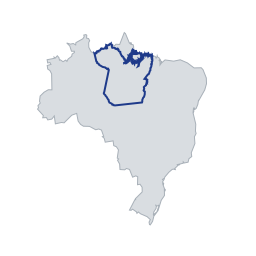 where Pará sits in Brazil, rotated 350°
{"feature_id": "BRA-594", "entity_name": "Pará", "entity_type": "State", "adm_level": 1, "iso_a3": "BRA", "parent_name": "Brazil", "parent_adm1": "", "projection": "natural_earth1", "projection_center": [-50.886, -3.617], "detail": "fine", "context": "in_parent", "style": "outline", "palette": "blue", "viewbox_px": 256, "rotation_deg": 350, "n_neighbors": 0, "source": "natural_earth", "source_scale": "10m", "svg_char_len": 9071}
<svg xmlns="http://www.w3.org/2000/svg" viewBox="0 0 256 256"><g transform="rotate(350 128 128)"><path d="M73.2,49.1L75.5,51.4L78.5,50.3L79.4,51.8L81.0,49.7L85.0,47.6L85.8,45.5L88.3,44.4L88.5,43.1L85.7,42.6L84.9,37.1L82.4,33.6L85.8,35.4L88.8,35.3L90.9,37.1L91.5,34.9L99.0,32.3L100.7,30.5L100.6,28.8L102.8,28.7L103.5,29.5L102.8,32.3L104.7,33.1L105.4,35.4L104.1,37.1L103.4,41.7L104.9,46.5L108.4,49.2L109.9,48.8L110.7,47.3L112.0,47.6L116.0,45.1L121.1,45.9L120.3,43.9L121.1,42.5L122.1,43.1L125.4,42.2L129.2,44.6L130.7,43.4L134.3,44.3L140.9,33.4L141.9,34.6L144.1,44.5L145.3,46.1L147.5,46.9L147.7,49.4L144.0,54.2L141.6,55.8L138.6,62.3L135.6,63.2L138.7,63.4L143.3,60.1L144.2,64.3L145.5,65.6L150.3,64.1L148.9,68.8L150.7,65.1L152.9,62.9L154.0,63.5L154.5,62.9L154.1,61.2L155.5,59.1L159.3,58.6L167.2,62.2L167.8,64.1L168.9,62.8L170.7,64.2L171.2,65.8L170.3,66.8L170.7,67.4L171.7,66.3L171.9,67.3L171.0,68.4L170.4,71.6L171.7,70.3L172.6,67.9L172.7,69.6L176.3,67.4L184.6,70.1L191.3,69.9L197.8,74.2L203.5,80.3L210.6,81.4L212.0,83.6L213.8,92.3L213.0,98.0L210.2,103.8L202.4,113.3L202.4,112.5L200.9,116.8L198.5,120.6L197.3,121.2L196.5,119.5L195.8,120.3L194.7,124.4L195.4,136.0L193.9,142.7L194.1,145.3L191.9,148.1L191.2,154.9L186.0,163.4L185.8,167.2L182.7,168.8L181.2,172.1L177.3,172.2L176.5,170.9L176.2,172.3L170.1,172.6L170.4,173.7L166.5,176.4L164.4,176.4L160.5,178.7L155.7,182.7L154.8,184.7L154.0,184.0L153.6,184.8L152.6,184.5L154.0,185.6L152.8,186.9L152.5,189.1L153.3,193.8L152.2,200.8L148.2,204.9L143.2,214.6L138.6,218.9L138.5,217.5L141.8,215.7L144.7,210.4L144.7,209.4L142.8,210.0L141.7,208.3L142.3,210.0L141.7,212.0L138.8,215.2L137.9,217.8L138.2,219.2L136.0,224.2L133.1,227.3L132.4,226.8L132.4,224.3L134.1,222.1L131.4,218.6L125.5,214.7L123.6,212.5L122.0,213.6L121.8,212.1L118.4,208.7L116.8,209.6L115.2,209.1L122.3,199.8L123.1,199.9L123.0,198.9L130.9,193.4L131.6,188.8L130.1,185.5L127.5,185.5L129.1,177.7L127.4,176.5L124.0,177.2L122.3,169.1L119.5,167.6L117.5,168.6L112.9,167.5L113.5,162.1L112.1,157.9L113.4,156.9L112.2,155.7L114.8,147.9L113.3,144.4L110.9,142.9L111.1,138.1L103.1,138.0L102.8,134.0L101.3,132.1L102.6,132.0L101.5,125.4L99.0,123.9L95.9,124.1L90.3,119.7L84.4,118.5L81.9,116.2L80.1,112.5L80.0,104.7L74.9,105.6L66.0,111.8L63.4,111.0L57.2,111.3L57.5,103.3L54.5,106.0L50.4,106.1L49.5,103.6L45.8,103.1L46.8,101.0L42.2,93.7L43.4,92.5L43.2,90.4L45.9,88.2L45.5,86.3L47.0,81.3L51.5,78.2L56.1,76.5L59.7,77.2L62.2,61.4L61.1,57.9L59.2,56.0L59.3,52.4L63.2,52.0L62.5,50.0L60.2,50.0L60.2,46.7L67.5,46.6L67.5,45.3L68.6,46.5L70.9,44.6L72.2,46.7L72.3,49.3L73.2,49.1ZM146.2,55.9L154.3,56.9L152.4,62.4L150.9,62.5L150.6,63.5L149.4,63.0L148.1,64.4L145.0,64.4L143.9,61.6L144.7,60.9L143.8,59.9L144.4,56.7L146.2,55.9ZM139.2,62.6L140.5,58.6L141.8,58.1L141.7,60.5L139.2,62.6ZM148.4,54.0L147.6,55.5L145.8,55.1L146.1,54.2L148.4,54.0ZM145.6,52.3L145.3,55.4L144.5,55.1L145.6,52.3ZM149.7,55.9L148.6,56.1L148.0,55.8L149.5,54.9L149.7,55.9ZM144.4,56.0L143.2,57.0L142.7,56.5L143.6,55.6L144.4,56.0ZM146.6,53.3L146.0,52.7L147.0,52.1L147.1,52.7L146.6,53.3ZM146.0,45.5L145.3,45.6L145.1,44.5L145.8,44.5L146.0,45.5ZM153.5,196.7L153.3,195.7L153.8,194.8L154.0,195.1L153.5,196.7ZM167.2,176.1L167.4,177.2L166.6,176.9L167.2,176.1ZM153.2,189.7L152.8,189.2L153.4,188.5L153.5,188.8L153.2,189.7ZM171.5,69.6L171.0,70.8L171.5,69.1L171.5,69.6ZM196.9,121.3L196.1,121.7L196.6,120.8L196.9,121.3ZM172.3,173.1L171.5,173.4L171.3,173.2L171.8,172.7L172.3,173.1ZM195.5,123.4L195.2,124.0L195.0,123.6L195.5,123.4ZM169.3,61.8L169.4,62.4L169.1,62.3L169.3,61.8Z" fill="#d9dde1" stroke="#a8b0b8" stroke-width="1"/><path d="M116.1,45.1L116.4,45.5L117.1,45.8L118.8,45.5L120.9,46.0L121.3,45.8L121.3,44.9L120.6,44.0L120.3,43.9L120.9,43.2L121.0,42.5L122.2,43.2L123.6,43.0L123.9,42.6L124.2,42.7L124.7,42.3L124.8,42.5L125.5,42.1L125.4,42.4L125.9,42.9L126.5,43.1L126.6,43.8L126.2,45.1L126.5,46.3L128.1,46.4L129.3,47.2L129.4,47.7L129.7,47.6L130.4,48.3L131.2,48.1L131.2,48.4L131.7,48.4L131.7,49.0L132.2,49.0L132.3,49.3L132.1,49.6L132.3,50.6L132.9,51.3L133.6,51.6L133.5,53.3L133.9,54.1L134.1,55.1L134.5,56.3L134.9,56.3L135.7,57.4L135.7,58.2L136.2,58.7L136.2,59.8L136.8,59.8L136.9,60.7L137.3,61.1L138.0,61.2L138.2,61.5L138.6,61.1L138.9,61.2L138.8,62.1L138.5,62.4L137.5,62.2L135.4,63.2L135.4,63.5L137.3,63.0L137.5,63.5L137.4,63.9L137.6,63.9L137.9,63.6L138.7,63.4L140.0,62.5L140.9,62.1L141.1,61.7L141.6,61.6L142.9,60.5L142.9,60.0L143.2,60.2L143.6,60.0L143.6,60.6L143.1,61.1L143.7,61.6L143.7,62.6L144.4,64.2L144.0,64.2L144.1,64.6L143.8,65.0L143.4,64.7L143.6,65.3L144.2,65.0L144.4,64.5L144.6,64.6L145.2,65.1L145.2,65.4L145.3,65.2L145.5,65.9L145.9,65.0L146.6,65.1L146.8,64.7L147.4,64.6L147.8,64.9L147.8,65.9L147.9,65.7L148.1,66.0L147.9,65.0L148.0,65.2L148.7,65.0L149.1,65.6L148.8,65.0L149.0,64.7L149.3,64.8L149.5,64.3L149.6,64.5L149.8,64.4L149.7,64.6L149.7,64.8L149.8,64.9L150.0,65.0L150.0,65.4L149.3,67.5L149.3,68.1L148.7,68.9L149.3,68.7L150.6,65.2L151.8,63.5L152.3,63.3L151.5,64.7L152.0,64.4L153.2,62.4L154.2,63.8L153.9,63.0L154.6,62.8L153.9,62.8L153.9,61.8L154.1,61.5L154.2,61.9L154.6,62.0L154.7,61.4L155.0,61.4L154.8,61.1L155.1,61.0L154.8,61.0L154.8,60.6L155.2,60.5L155.4,59.9L155.4,59.3L155.9,58.7L156.2,59.3L156.6,58.8L156.9,58.8L156.9,58.2L157.1,58.6L157.3,58.6L157.2,59.2L157.8,58.9L157.9,58.3L158.3,59.2L158.7,59.5L158.7,59.1L158.5,58.9L158.4,59.1L158.4,58.4L158.7,58.4L158.6,58.5L158.7,58.8L159.1,58.4L159.3,58.8L159.4,58.5L159.6,58.6L159.4,59.0L159.7,58.8L159.6,59.2L159.8,59.4L160.1,58.7L160.2,59.7L160.6,58.9L160.8,59.6L160.6,59.7L160.7,59.9L161.2,59.0L161.4,59.9L161.5,59.5L161.7,59.8L161.5,60.1L161.8,59.8L161.8,59.5L162.1,59.7L161.9,59.4L162.2,59.7L162.1,60.1L161.9,60.0L161.6,60.3L161.5,60.5L163.0,59.8L162.7,60.0L162.7,60.6L163.2,60.5L163.3,60.8L163.4,60.5L163.4,61.0L163.5,60.6L163.7,60.9L163.6,60.6L163.7,60.1L164.1,60.0L163.7,61.3L164.2,61.0L164.2,61.3L164.4,60.8L164.5,61.2L164.1,62.0L164.3,62.2L163.9,62.9L163.9,63.9L163.4,64.2L163.5,64.5L163.9,64.5L163.8,65.4L163.5,66.4L162.9,66.7L162.9,68.2L161.9,69.1L162.3,69.8L162.0,70.0L161.7,71.3L161.2,72.2L160.7,72.6L160.6,73.2L160.3,73.5L160.1,75.0L159.1,76.0L158.8,76.9L157.9,78.4L157.5,78.7L156.9,78.7L152.8,82.5L153.6,82.8L154.4,82.7L154.7,83.3L155.1,83.5L155.4,84.0L154.7,84.5L155.0,85.5L154.6,85.7L154.8,86.3L154.2,86.6L154.4,87.6L153.8,87.6L153.4,88.0L153.1,89.1L151.6,89.8L150.7,90.5L150.8,92.1L149.9,93.7L150.1,94.3L150.9,95.0L150.3,97.8L149.2,100.1L148.3,100.7L147.0,102.7L146.6,104.6L146.2,105.3L119.0,103.5L118.1,103.0L117.6,103.0L117.4,102.4L116.5,102.2L116.3,101.3L114.1,99.7L113.7,98.2L113.8,97.1L113.2,96.1L112.3,93.6L111.5,92.4L111.4,91.7L110.4,90.4L110.2,89.5L110.9,88.3L119.2,67.5L119.2,67.0L119.6,66.7L118.9,66.8L118.8,66.3L117.9,66.5L117.6,66.3L117.6,65.7L116.6,65.2L116.2,64.5L113.6,63.4L110.8,61.0L110.4,60.6L110.2,59.6L108.9,58.7L109.0,57.6L108.4,57.0L107.9,48.7L108.5,49.3L109.1,48.8L109.9,48.9L110.1,48.6L109.9,48.0L110.5,47.8L110.8,47.2L112.1,47.6L112.2,46.9L114.1,46.7L115.1,45.3L115.5,45.5L116.1,45.1ZM154.4,57.2L153.9,59.1L153.5,58.8L153.7,59.8L153.1,60.4L153.2,60.8L152.5,61.4L152.0,61.1L152.4,61.5L152.2,61.7L152.6,61.8L152.4,62.5L151.9,61.9L151.7,61.9L151.9,62.0L151.7,62.3L151.9,62.2L152.4,62.7L151.4,63.1L150.8,62.4L150.9,63.3L150.7,63.3L150.9,63.4L150.7,63.6L150.1,63.3L150.0,62.9L149.8,63.2L150.1,63.7L149.7,63.6L149.5,62.9L149.3,62.9L149.5,63.4L149.2,64.1L148.6,64.3L148.4,63.4L148.5,64.2L148.3,64.5L147.3,64.2L147.2,63.7L146.6,64.4L146.3,64.2L146.2,63.6L146.2,63.3L146.1,62.9L146.0,63.5L146.1,64.2L145.9,63.7L146.0,64.3L145.7,64.3L146.0,64.5L145.5,64.6L144.6,64.3L144.7,63.9L143.8,62.6L143.8,60.9L144.8,61.3L144.6,61.0L145.2,60.6L144.4,60.9L144.0,60.8L143.8,60.5L144.0,58.1L144.3,58.6L144.9,58.8L144.3,58.5L144.2,57.2L144.7,56.3L145.5,56.2L145.7,55.9L148.8,56.6L150.0,56.6L150.0,56.3L150.8,56.1L151.8,56.3L152.1,56.1L152.1,56.4L154.2,56.7L154.4,57.2ZM141.5,58.0L142.2,58.7L141.7,60.5L141.4,60.5L141.0,61.4L139.6,62.5L138.8,62.8L139.0,61.7L139.9,60.9L139.9,59.6L140.5,58.6L141.4,58.0L141.2,58.7L141.3,58.3L141.6,58.4L141.5,58.0ZM147.1,53.8L147.9,53.8L148.8,53.4L149.3,53.5L149.3,53.8L148.6,54.3L147.9,55.4L147.3,55.6L146.8,55.2L145.8,55.1L145.6,54.3L146.8,54.2L147.1,53.8ZM143.2,57.0L142.7,56.4L143.1,55.4L143.9,55.1L144.4,55.5L144.5,55.9L144.3,56.1L143.2,57.0ZM148.0,55.9L148.4,55.3L149.5,54.9L150.1,55.4L149.6,56.0L148.5,56.1L148.0,55.9ZM145.9,53.2L146.1,52.4L146.7,52.4L146.7,52.2L147.0,52.1L147.1,52.8L146.2,53.5L145.9,53.2ZM145.9,53.8L145.4,54.5L145.0,54.3L145.5,53.2L145.4,52.6L145.7,52.2L145.9,53.8ZM143.6,58.2L143.6,59.0L142.4,59.5L142.6,58.8L143.6,58.2ZM144.5,55.0L144.6,54.4L145.1,54.5L145.4,55.3L144.8,55.4L144.5,55.0ZM142.2,56.1L142.4,56.1L142.2,56.9L141.1,57.7L142.2,56.1ZM155.2,59.5L155.4,59.7L155.2,60.5L154.7,60.5L154.7,60.2L155.2,59.5ZM150.4,64.3L150.1,65.0L149.7,64.8L150.1,64.1L150.4,64.3ZM154.6,60.8L154.7,61.1L154.6,61.5L154.0,61.3L154.2,60.8L154.6,60.8ZM157.5,58.3L157.6,58.9L157.4,58.9L157.3,58.6L157.1,58.3L157.2,58.1L157.5,58.3ZM149.4,63.8L149.8,64.0L149.4,64.2L149.4,63.8ZM156.1,58.8L156.5,58.7L156.2,59.1L156.1,58.8ZM146.9,53.8L146.5,54.0L146.3,54.1L146.8,53.6L146.9,53.8Z" fill="none" stroke="#1e3a8a" stroke-width="2"/></g></svg>